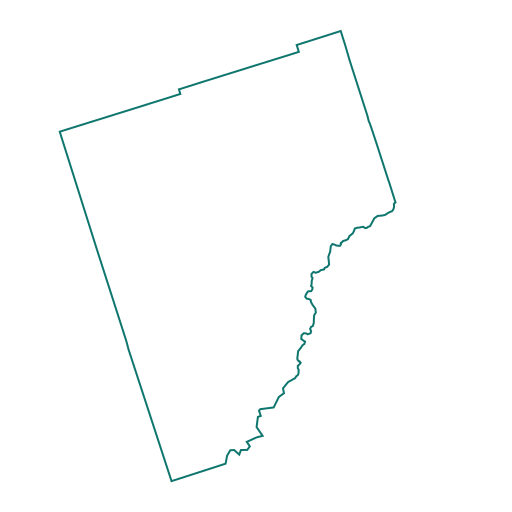 the district of Big Horn, Wyoming, United States of America, rotated 72°
{"feature_id": "52423323B54143119703480", "entity_name": "Big Horn", "entity_type": "district", "adm_level": 2, "iso_a3": "USA", "parent_name": "United States of America", "parent_adm1": "Wyoming", "projection": "orthographic", "projection_center": [-107.715, 44.584], "detail": "fine", "context": "isolated", "style": "outline", "palette": "teal", "viewbox_px": 512, "rotation_deg": 72, "n_neighbors": 0, "source": "geoboundaries", "source_scale": "gbopen_adm2", "svg_char_len": 2132}
<svg xmlns="http://www.w3.org/2000/svg" viewBox="0 0 512 512"><g transform="rotate(72 256 256)"><path d="M444.0,405.9L444.1,349.1L437.0,345.2L432.8,340.5L433.8,336.7L439.7,333.3L435.9,330.3L437.7,324.2L435.1,320.7L429.9,322.2L428.7,311.5L429.1,305.3L418.9,308.3L409.6,303.9L409.6,300.9L404.0,300.9L403.0,299.3L405.5,286.0L397.1,277.8L395.1,271.8L390.2,271.2L386.1,264.9L385.7,264.0L385.1,260.8L384.5,258.0L384.3,256.5L382.8,254.9L382.3,253.2L381.2,252.1L379.4,251.3L377.5,250.6L375.6,250.9L373.4,250.2L372.5,248.1L371.3,246.5L369.8,247.1L369.9,247.4L369.2,247.9L368.1,248.3L367.3,248.6L365.0,247.9L363.3,247.0L360.9,246.0L359.4,245.2L357.2,241.7L355.3,239.4L354.6,237.2L352.6,235.8L351.7,236.6L348.9,238.6L345.5,237.2L344.2,234.2L345.2,232.2L346.5,230.8L346.3,228.0L344.6,226.8L342.1,227.1L340.5,225.6L340.1,223.5L337.4,221.7L333.5,220.3L330.3,219.0L328.3,216.6L324.5,215.8L322.0,216.6L320.0,217.3L316.9,217.9L314.6,217.6L313.0,219.4L312.3,220.9L310.7,221.6L310.0,221.8L308.5,220.8L307.0,219.2L305.7,217.4L306.5,214.4L305.1,212.7L303.4,211.9L301.6,212.9L300.0,211.8L296.9,210.7L294.4,209.0L292.8,209.6L290.3,208.8L289.2,206.9L288.9,206.1L290.4,204.4L290.4,201.1L289.5,198.8L289.6,197.1L289.8,195.3L288.8,194.7L288.4,193.6L288.4,191.8L286.7,189.1L283.6,188.4L279.4,187.6L277.1,186.0L275.1,184.3L269.9,181.9L268.2,179.6L269.6,177.6L270.7,176.6L272.0,173.9L272.2,172.7L270.8,171.4L270.1,171.5L269.5,170.7L269.5,169.8L268.6,168.6L268.8,165.8L268.3,163.2L267.7,162.7L266.0,161.1L264.3,156.9L262.7,155.3L260.4,153.5L260.4,150.8L260.9,148.8L261.3,145.1L262.8,143.8L263.2,143.6L263.5,142.1L263.0,140.6L262.8,138.2L260.9,136.2L258.6,133.8L256.7,131.8L255.5,127.9L256.3,124.5L256.6,122.8L256.8,121.1L256.6,119.4L256.0,117.7L255.5,115.1L255.5,113.0L254.2,111.0L251.9,109.5L249.0,108.7L248.1,107.0L248.1,106.8L226.4,106.6L225.5,106.7L187.8,106.6L170.3,106.7L165.3,106.8L162.5,107.1L156.9,106.7L98.8,106.5L82.2,106.0L79.1,106.0L68.2,105.9L67.9,152.1L75.1,152.2L74.6,192.9L73.9,252.1L73.7,277.8L78.5,277.9L78.2,310.8L77.1,404.2L83.1,404.3L201.3,405.3L296.1,405.6L305.7,406.1L444.0,405.9Z" fill="none" stroke="#0f766e" stroke-width="2"/></g></svg>